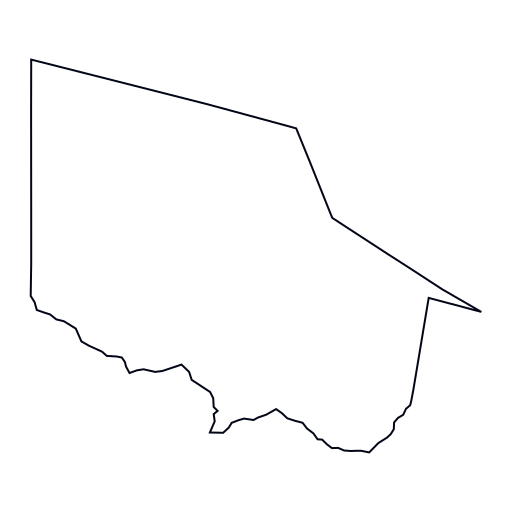 outline of Jardim, Ceará, Brazil
{"feature_id": "56859067B26521088745212", "entity_name": "Jardim", "entity_type": "district", "adm_level": 2, "iso_a3": "BRA", "parent_name": "Brazil", "parent_adm1": "Ceará", "projection": "albers", "projection_center": [-39.229, -7.588], "detail": "fine", "context": "isolated", "style": "outline", "palette": "ink", "viewbox_px": 512, "rotation_deg": 0, "n_neighbors": 0, "source": "geoboundaries", "source_scale": "gbopen_adm2", "svg_char_len": 1165}
<svg xmlns="http://www.w3.org/2000/svg" viewBox="0 0 512 512"><path d="M30.7,296.0L34.6,302.2L36.8,310.0L44.3,312.6L50.0,314.4L56.3,319.4L63.8,321.2L75.8,328.6L81.4,341.4L89.1,345.8L102.1,351.7L106.8,355.9L116.6,356.5L121.8,357.5L124.9,362.0L126.0,366.5L129.5,373.0L137.0,370.3L143.6,369.3L155.1,371.9L162.3,371.0L181.5,364.6L189.1,371.9L191.7,379.9L210.1,392.0L213.2,398.1L213.7,407.0L217.6,410.9L213.7,414.1L214.7,421.3L209.9,432.5L223.1,432.8L228.7,427.7L231.7,422.8L238.5,420.2L244.1,418.6L253.6,420.0L257.8,417.6L266.2,414.7L276.1,409.1L281.8,413.1L287.3,418.3L294.7,420.7L302.6,422.8L307.0,428.5L313.4,433.4L317.6,439.3L322.1,439.6L326.9,444.3L331.9,448.1L338.2,447.9L344.1,450.5L350.8,451.0L356.2,450.8L361.2,450.8L369.2,452.4L374.1,447.4L378.3,443.1L382.1,440.7L386.9,437.7L390.7,434.2L393.8,429.2L394.1,422.4L398.0,417.9L403.2,414.8L406.0,408.8L410.2,405.2L411.3,400.6L413.3,390.1L428.7,297.9L481.3,311.9L442.2,289.3L431.6,282.4L409.5,268.0L388.6,254.6L345.9,226.8L332.3,217.9L330.5,213.6L309.7,161.5L296.2,128.4L288.7,126.3L207.6,104.3L87.7,73.9L31.2,59.6L31.1,109.7L31.2,229.2L31.2,264.3L30.7,296.0Z" fill="none" stroke="#020617" stroke-width="2"/></svg>